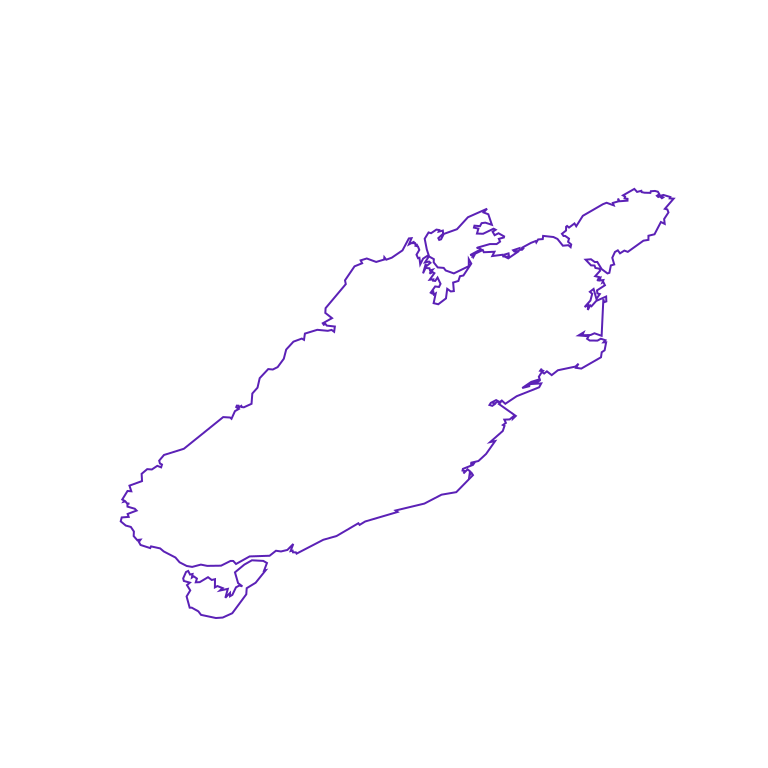 Meland nor, Norway, rotated 113°
{"feature_id": "86288312B27116623213145", "entity_name": "Meland nor", "entity_type": "district", "adm_level": 2, "iso_a3": "NOR", "parent_name": "Norway", "parent_adm1": "", "projection": "albers", "projection_center": [5.101, 60.561], "detail": "fine", "context": "isolated", "style": "outline", "palette": "violet", "viewbox_px": 768, "rotation_deg": 113, "n_neighbors": 0, "source": "geoboundaries", "source_scale": "gbopen_adm2", "svg_char_len": 6155}
<svg xmlns="http://www.w3.org/2000/svg" viewBox="0 0 768 768"><g transform="rotate(113 384 384)"><path d="M113.0,193.9L100.2,189.8L101.5,193.5L100.0,193.5L100.8,200.7L102.5,202.7L103.1,199.9L104.4,200.8L103.5,203.3L104.7,204.6L104.1,206.3L101.7,204.7L100.0,207.0L100.4,210.0L102.3,213.7L104.0,213.5L106.1,218.9L106.7,221.8L105.6,222.6L108.3,226.1L106.6,229.8L117.0,237.7L117.3,235.3L119.1,235.1L118.4,232.2L120.1,231.5L123.8,238.7L121.8,241.0L124.3,239.6L127.9,244.1L129.8,242.3L130.2,249.9L132.9,252.7L151.5,266.7L163.7,268.7L161.8,271.4L167.7,274.8L167.0,277.2L168.1,277.8L171.6,276.4L176.2,278.9L177.6,276.6L176.9,275.1L177.9,270.5L181.2,270.1L182.4,266.2L185.1,265.7L184.2,268.5L186.8,273.4L182.7,281.0L182.5,285.5L185.5,295.4L188.6,294.5L190.7,298.6L194.2,299.1L193.1,300.2L196.6,303.8L204.5,310.1L205.6,310.1L203.8,308.4L206.4,309.3L207.6,311.6L205.9,312.3L210.4,317.4L211.1,315.8L208.7,311.6L219.8,318.7L219.6,321.8L217.5,318.9L215.1,320.4L217.6,323.4L219.5,322.7L220.0,324.1L218.6,325.2L223.9,334.3L219.1,334.0L223.7,343.6L222.1,345.4L230.1,352.5L231.2,352.4L229.0,351.0L232.5,351.4L230.9,353.4L231.6,355.0L222.1,347.4L221.7,350.3L222.8,351.8L221.8,351.1L213.8,341.2L211.2,335.0L207.6,332.8L205.5,335.0L202.3,330.9L201.2,331.1L200.5,337.5L203.8,340.3L201.4,343.5L198.4,341.5L198.2,343.8L207.0,351.5L209.2,357.2L204.1,357.8L204.9,362.3L202.9,362.6L201.2,357.3L197.8,357.0L195.9,353.8L195.3,346.9L187.0,354.3L187.2,359.4L182.4,357.6L197.7,371.9L213.0,377.3L222.5,387.6L228.5,388.0L229.8,389.5L228.5,391.0L222.6,388.3L219.8,389.8L222.4,393.2L220.7,393.3L221.4,396.1L226.8,399.6L227.1,402.2L234.4,403.3L243.4,397.2L249.0,392.3L249.6,386.9L252.6,385.8L255.7,380.1L253.8,374.4L255.4,371.6L254.9,362.9L242.4,352.0L236.0,354.7L239.1,350.7L253.1,353.3L255.1,356.2L260.1,355.8L263.6,360.0L271.2,356.0L272.7,358.7L271.7,363.0L281.0,360.4L289.4,365.2L290.2,369.9L280.4,371.8L282.2,373.1L280.2,374.4L281.9,375.0L281.7,376.7L274.2,375.0L273.2,371.3L269.7,371.1L265.1,376.3L269.1,377.1L269.7,379.2L268.4,379.5L270.2,382.7L262.3,380.9L262.0,382.9L264.6,385.2L259.8,383.9L261.5,386.0L259.7,387.4L261.0,391.1L266.9,391.3L257.0,392.5L259.9,391.5L254.3,388.6L253.7,390.3L256.0,393.8L249.6,392.6L249.0,394.1L253.3,397.0L259.7,397.4L254.0,400.7L254.9,401.8L252.3,404.6L246.8,403.9L244.1,406.5L244.4,408.6L242.3,407.8L243.8,409.3L242.2,410.4L243.3,413.0L240.9,411.6L245.8,415.6L239.0,415.6L240.3,418.0L253.8,419.2L264.7,426.2L268.7,430.5L267.2,433.2L269.4,432.5L274.7,438.9L275.2,448.9L279.3,453.8L281.4,451.3L287.2,457.1L303.8,460.4L307.0,458.2L337.0,467.4L341.5,465.8L343.7,457.6L352.0,464.1L353.0,462.6L351.6,461.4L352.6,459.5L350.3,451.7L355.4,450.3L354.7,453.4L357.0,456.5L360.2,466.6L368.5,476.5L374.6,474.9L374.3,477.4L380.4,483.9L390.5,487.5L399.9,486.1L410.0,488.5L414.1,492.0L415.5,496.4L427.2,500.7L436.8,499.0L444.2,501.5L454.0,498.2L460.2,503.9L460.8,505.9L459.9,506.8L462.2,508.3L460.8,509.4L461.4,511.0L463.0,511.0L463.7,507.9L467.2,510.6L475.6,510.8L475.0,512.6L477.3,519.1L521.8,542.9L535.3,558.8L542.4,561.0L544.7,559.2L544.9,556.9L547.8,556.6L547.9,560.7L553.4,564.3L554.9,568.7L561.4,572.0L567.9,568.8L577.0,578.6L581.5,574.7L582.7,578.3L592.6,579.8L592.9,577.4L594.2,577.7L593.1,576.2L594.3,573.9L593.6,571.6L594.6,573.4L597.1,572.2L596.2,564.7L597.2,562.3L603.8,569.2L606.1,567.1L609.3,573.3L613.3,572.7L615.2,566.4L614.5,561.2L617.5,556.6L621.8,555.0L624.7,549.0L623.9,550.0L622.4,547.3L625.2,547.9L627.3,545.2L626.4,535.1L624.5,535.0L622.8,525.8L624.2,521.3L625.2,508.2L628.0,502.5L628.6,494.5L627.3,489.1L621.8,482.0L620.5,475.7L614.9,463.0L606.8,456.1L605.8,453.6L607.5,449.9L595.2,440.3L586.8,422.2L579.7,418.3L578.4,413.4L574.5,408.1L566.7,405.0L574.3,404.7L573.1,403.0L574.5,402.0L573.4,399.3L574.3,398.2L551.1,379.0L542.5,368.3L522.2,353.2L523.2,351.4L517.9,347.6L496.5,321.5L495.9,323.9L478.3,300.1L463.4,287.8L455.3,275.2L433.1,266.5L431.6,268.7L434.9,269.6L430.8,270.7L429.9,273.7L435.3,275.9L432.5,275.3L433.0,277.9L431.3,278.2L423.7,270.5L421.8,270.1L423.2,272.7L422.3,272.9L418.0,267.0L408.5,262.7L393.1,259.4L396.0,263.6L380.8,256.3L375.5,256.7L375.3,258.5L372.2,256.6L369.8,259.3L367.5,254.5L363.5,252.4L365.6,251.8L361.9,250.2L357.5,270.4L355.9,269.7L355.8,272.5L358.6,274.3L358.7,276.7L359.4,274.3L361.8,275.8L362.1,278.7L359.6,278.3L355.0,274.5L355.4,270.4L353.2,269.1L354.8,264.6L343.4,257.1L326.4,239.9L322.0,239.5L324.9,245.3L319.1,241.5L329.9,251.8L328.8,248.8L333.7,255.2L324.5,249.3L318.8,242.5L316.8,244.3L311.5,243.4L310.4,243.8L310.8,245.4L308.2,244.8L310.0,244.9L309.7,242.7L311.3,243.1L311.8,240.7L308.7,239.0L310.3,233.1L303.4,229.3L293.1,214.5L289.3,212.9L294.1,213.6L292.7,208.4L274.6,194.7L269.7,196.0L266.8,194.1L258.8,195.8L259.9,198.2L257.2,197.3L257.6,202.1L260.6,204.4L263.6,211.6L263.0,214.7L260.1,214.3L263.3,223.9L258.6,220.5L261.6,220.5L258.2,213.0L255.1,210.1L254.6,202.5L220.3,215.2L222.6,213.2L221.1,211.6L216.7,213.7L224.6,221.1L231.4,223.4L231.0,224.9L236.2,225.3L231.7,226.9L234.7,229.4L226.5,226.6L219.6,227.6L218.7,230.5L214.6,228.2L222.7,221.7L216.9,220.5L217.2,223.0L214.6,224.5L206.8,219.2L204.4,222.0L205.2,222.6L202.6,222.7L204.4,225.8L202.2,226.2L205.7,228.0L201.5,227.6L202.2,231.7L195.3,229.3L193.7,230.9L194.6,234.7L192.7,236.5L193.9,239.8L190.8,247.0L188.3,242.2L189.4,237.6L188.3,235.4L193.2,228.5L194.9,221.5L193.6,220.0L186.2,221.5L184.0,218.8L178.6,223.2L172.2,223.0L169.6,221.0L171.5,217.8L167.3,214.9L167.1,211.2L150.7,201.2L148.0,196.9L144.2,198.5L140.5,193.5L126.7,192.4L126.9,188.2L122.7,190.6L114.9,189.2L112.6,191.4L113.0,193.9ZM601.6,420.1L602.6,421.5L594.5,421.8L594.0,426.0L597.9,436.7L604.8,442.0L615.6,447.6L624.3,440.5L625.6,435.3L626.0,438.4L629.0,440.8L637.4,441.2L639.5,442.8L636.5,444.1L642.8,446.5L633.6,447.7L638.2,454.3L634.9,452.8L635.1,458.4L637.3,460.2L629.7,463.3L631.7,466.0L630.6,470.5L638.4,476.2L640.1,479.8L636.2,480.2L635.4,484.0L637.2,485.2L633.7,486.0L635.2,488.1L632.6,491.2L634.4,492.8L641.4,492.9L643.5,491.3L642.7,485.1L646.1,486.8L649.7,481.7L656.7,482.7L665.8,475.5L665.0,473.6L665.8,466.1L668.0,462.2L665.1,447.3L662.0,441.2L654.3,434.1L631.4,428.6L625.6,430.6L617.1,424.5L601.6,420.1Z" fill="none" stroke="#5b21b6" stroke-width="2"/></g></svg>